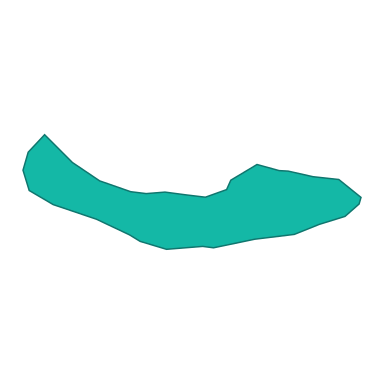 outline of Ruo, Federated States of Micronesia
{"feature_id": "79324940B72573347372655", "entity_name": "Ruo", "entity_type": "district", "adm_level": 2, "iso_a3": "FSM", "parent_name": "Federated States of Micronesia", "parent_adm1": "", "projection": "mercator", "projection_center": [152.241, 8.611], "detail": "fine", "context": "isolated", "style": "filled", "palette": "teal", "viewbox_px": 384, "rotation_deg": 0, "n_neighbors": 0, "source": "geoboundaries", "source_scale": "gbopen_adm2", "svg_char_len": 507}
<svg xmlns="http://www.w3.org/2000/svg" viewBox="0 0 384 384"><path d="M44.6,134.7L28.2,152.2L23.0,170.2L29.2,190.5L53.2,204.6L96.4,219.2L129.4,234.8L140.2,241.4L166.5,249.3L202.7,246.4L213.5,247.8L254.8,239.2L294.3,234.4L319.2,224.4L345.0,216.4L359.1,204.0L361.0,197.4L338.8,179.5L313.0,176.7L288.1,171.1L279.1,170.6L257.0,164.5L230.8,180.2L226.6,189.6L205.4,197.2L186.2,194.9L165.0,192.1L146.2,193.6L130.7,191.7L99.7,180.9L72.4,162.5L44.6,134.7Z" fill="#14b8a6" stroke="#0f766e" stroke-width="1.5"/></svg>